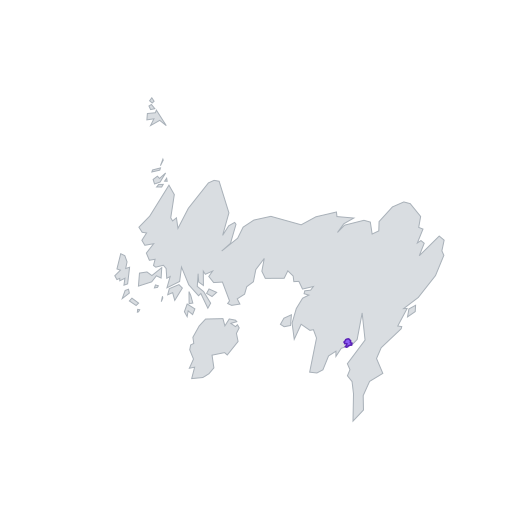 Bridgend highlighted on a map of United Kingdom, rotated 308°
{"feature_id": "GBR-2112", "entity_name": "Bridgend", "entity_type": "Unitary Authority (wales)", "adm_level": 1, "iso_a3": "GBR", "parent_name": "United Kingdom", "parent_adm1": "", "projection": "equal_earth", "projection_center": [-3.617, 51.531], "detail": "fine", "context": "in_parent", "style": "filled", "palette": "violet", "viewbox_px": 512, "rotation_deg": 308, "n_neighbors": 0, "source": "natural_earth", "source_scale": "10m", "svg_char_len": 4257}
<svg xmlns="http://www.w3.org/2000/svg" viewBox="0 0 512 512"><g transform="rotate(308 256 256)"><path d="M276.5,374.7L252.5,387.1L244.9,386.3L235.8,380.0L226.1,380.8L230.2,377.6L221.9,374.7L207.5,378.8L201.3,376.0L197.5,369.8L228.6,354.2L233.3,346.6L230.6,344.3L230.0,333.6L213.9,337.4L225.4,325.7L239.4,320.1L251.4,318.7L257.7,321.7L255.9,317.1L258.6,315.9L262.7,320.1L267.3,320.0L258.6,313.0L262.4,305.4L259.1,301.6L263.1,297.6L263.9,290.2L255.8,291.9L244.1,277.1L247.6,270.0L259.2,264.0L245.2,264.2L234.1,269.8L226.1,267.6L218.9,270.5L210.7,267.6L208.2,272.9L202.1,267.2L201.1,262.9L204.3,262.8L214.8,245.6L209.0,239.0L210.8,231.4L217.4,231.1L210.4,227.3L211.6,223.8L200.4,232.7L200.2,226.9L206.4,221.3L195.9,228.4L195.7,236.7L190.9,249.3L185.2,250.2L192.5,235.6L189.3,235.2L191.9,220.8L201.4,204.1L188.9,211.5L176.1,205.4L187.0,201.0L183.5,199.4L190.8,192.9L191.7,188.7L185.5,183.9L185.4,181.1L191.3,178.5L187.0,174.6L190.8,167.8L202.7,167.8L196.0,161.8L198.1,156.4L206.8,155.6L204.6,151.7L206.6,146.0L222.0,147.7L258.2,143.8L254.1,153.8L233.6,165.3L232.3,168.7L237.1,169.8L229.7,177.5L252.0,173.3L284.3,173.5L289.8,176.4L292.2,180.9L273.3,208.1L251.7,217.0L263.0,215.9L269.3,218.5L268.7,220.7L250.3,228.1L238.8,225.9L258.7,230.6L270.8,228.1L283.0,232.2L296.4,243.3L308.4,272.4L323.8,279.1L340.2,292.3L336.9,295.5L346.1,309.7L335.4,305.3L324.7,305.7L334.8,306.8L350.6,319.1L353.1,325.2L344.8,334.0L351.4,337.3L358.9,331.8L378.7,333.3L389.6,339.2L392.2,345.3L388.5,361.4L378.7,366.6L380.0,371.0L365.6,375.1L369.7,376.5L369.6,380.7L356.7,384.5L384.5,388.1L384.3,394.5L374.5,399.3L372.2,403.6L351.1,409.5L323.2,409.4L305.4,404.7L307.7,407.4L288.1,410.8L290.1,414.3L288.0,415.2L260.8,411.1L249.4,414.1L241.6,428.2L227.1,422.7L212.0,426.4L200.8,435.5L185.6,434.1L207.4,417.7L216.2,409.0L217.9,401.8L224.3,400.0L227.4,394.3L256.9,393.7L276.5,374.7ZM177.6,294.5L160.3,294.3L160.5,290.7L150.8,282.4L141.9,291.7L134.2,291.4L127.5,288.9L119.8,280.8L130.6,276.1L126.5,272.6L136.3,270.2L141.3,261.5L145.7,259.3L148.8,260.8L153.1,256.3L165.9,254.3L175.3,255.1L186.3,268.5L181.8,274.5L189.9,273.7L192.8,279.3L192.4,281.3L187.4,277.6L187.7,283.3L190.4,283.7L189.0,287.0L183.0,288.2L177.6,294.5ZM175.5,152.4L172.0,158.0L165.9,161.0L169.3,163.3L155.0,172.0L151.7,169.9L157.8,166.4L152.6,163.9L154.5,162.4L151.8,160.9L153.5,156.9L161.4,157.9L160.2,154.4L174.5,148.0L175.5,152.4ZM176.3,179.9L176.5,186.0L188.8,188.9L180.2,194.8L179.1,189.7L171.4,189.7L159.9,181.9L170.8,174.7L176.3,179.9ZM301.4,82.7L306.9,88.5L309.6,87.7L303.5,105.0L303.6,96.6L293.9,92.6L301.3,91.1L296.1,86.2L301.4,82.7ZM185.4,217.7L171.0,219.3L175.8,212.9L171.1,210.3L176.9,207.8L186.0,212.9L185.4,217.7ZM224.2,316.3L231.5,320.1L222.5,326.0L217.6,321.7L217.2,317.3L224.2,316.3ZM175.8,231.3L176.7,240.4L170.8,242.1L171.0,236.3L165.8,239.1L168.0,233.9L175.8,231.3ZM258.2,129.2L257.7,132.2L265.8,133.7L255.2,134.9L250.3,131.7L253.0,127.8L258.2,129.2ZM203.1,247.4L197.0,246.3L196.1,240.1L201.1,239.3L203.1,247.4ZM315.4,412.1L310.2,415.7L301.3,412.9L308.4,409.1L315.4,412.1ZM180.0,235.2L177.3,232.6L186.7,225.1L184.7,228.9L180.0,235.2ZM148.3,174.1L151.3,176.0L148.8,179.0L140.1,176.8L148.3,174.1ZM146.6,192.5L143.2,192.0L142.6,183.9L146.4,184.2L146.6,192.5ZM309.8,85.6L306.5,82.8L308.3,79.3L311.0,80.3L309.8,85.6ZM266.6,126.5L264.4,127.3L258.1,122.2L260.1,121.5L266.6,126.5ZM255.3,138.8L252.3,139.2L249.2,135.2L252.5,135.3L255.3,138.8ZM316.5,76.5L315.2,80.4L312.7,80.0L312.8,76.6L316.5,76.5ZM274.4,123.9L268.3,125.1L275.0,123.0L274.4,123.9ZM172.4,197.4L170.6,197.7L168.3,195.6L171.3,194.6L172.4,197.4ZM262.3,137.7L260.2,140.0L258.7,137.9L262.3,137.7ZM165.5,208.4L161.7,209.5L166.7,207.1L165.5,208.4ZM142.1,197.4L139.7,197.8L138.7,197.1L141.1,195.6L142.1,197.4Z" fill="#d9dde1" stroke="#a8b0b8" stroke-width="1"/><path d="M244.6,386.1L243.8,385.2L242.1,384.1L241.7,384.0L241.2,384.2L240.6,384.0L240.0,383.6L239.7,383.2L239.8,383.0L239.9,382.9L239.7,382.2L241.3,382.3L242.8,381.7L242.4,380.8L241.6,380.1L241.6,379.8L242.0,379.5L242.2,378.5L242.4,378.3L244.2,378.5L245.3,378.2L246.0,378.5L246.9,379.1L247.8,380.1L247.6,381.7L247.4,382.9L246.0,383.5L246.2,384.0L246.0,384.4L246.2,385.0L245.7,384.9L245.5,385.1L246.0,385.5L244.7,386.0L244.6,386.1Z" fill="#8b5cf6" stroke="#5b21b6" stroke-width="1.5"/></g></svg>